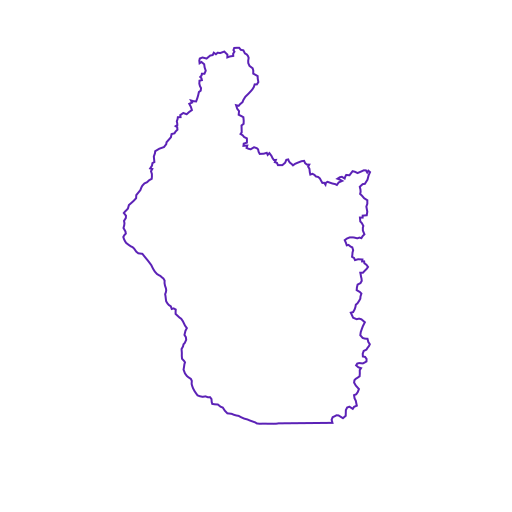 outline of Mozarlândia, Goiás, Brazil, rotated 43°
{"feature_id": "56859067B29377413065156", "entity_name": "Mozarlândia", "entity_type": "district", "adm_level": 2, "iso_a3": "BRA", "parent_name": "Brazil", "parent_adm1": "Goiás", "projection": "orthographic", "projection_center": [-50.615, -14.833], "detail": "fine", "context": "isolated", "style": "outline", "palette": "violet", "viewbox_px": 512, "rotation_deg": 43, "n_neighbors": 0, "source": "geoboundaries", "source_scale": "gbopen_adm2", "svg_char_len": 5727}
<svg xmlns="http://www.w3.org/2000/svg" viewBox="0 0 512 512"><g transform="rotate(43 256 256)"><path d="M425.7,325.9L423.0,324.2L422.0,321.6L422.9,319.4L423.5,317.6L425.1,316.3L427.8,315.8L430.2,315.3L430.6,311.7L426.8,307.4L426.0,304.6L427.1,302.5L431.0,301.8L430.6,299.4L431.8,296.7L429.5,295.1L427.7,293.8L425.2,292.9L422.6,290.9L423.6,288.8L423.2,286.1L422.0,283.1L417.4,282.7L414.1,281.7L412.7,279.7L412.7,277.9L413.3,275.7L413.8,273.3L412.2,271.3L409.7,268.7L409.3,266.4L406.8,267.6L403.8,267.7L403.4,265.6L404.5,263.9L407.4,261.7L408.1,259.8L408.7,257.8L407.1,255.9L404.6,255.4L402.7,256.6L400.7,254.7L399.5,252.0L400.6,249.2L400.2,247.0L400.0,244.7L399.4,242.9L396.8,242.3L394.0,240.5L392.1,242.1L389.9,243.2L386.3,242.8L384.5,240.2L383.2,237.3L382.0,234.4L380.8,230.2L376.3,230.4L374.1,231.5L372.7,233.6L369.1,234.9L366.9,234.0L364.0,232.8L365.3,230.8L364.5,227.7L363.5,225.5L362.2,223.5L362.5,221.5L362.0,218.5L361.4,216.1L360.0,214.3L358.7,211.6L356.5,211.5L352.9,212.3L351.2,210.1L349.8,207.6L350.9,204.6L350.3,202.1L348.5,200.5L346.9,199.5L345.4,198.3L343.7,197.1L345.6,195.3L345.6,192.5L345.7,189.8L345.4,187.6L342.7,187.1L340.2,187.4L338.8,186.2L337.3,187.6L336.2,186.0L332.9,188.7L331.2,191.5L329.1,190.6L326.8,191.1L325.7,189.5L324.2,187.6L323.1,185.5L320.5,184.0L318.8,184.6L316.1,184.8L315.1,186.3L312.9,185.1L310.1,183.9L310.6,181.2L311.9,178.4L314.8,175.8L318.0,174.0L319.2,171.9L320.9,171.1L320.4,168.6L320.5,166.2L316.8,164.5L314.8,162.4L314.0,160.8L311.1,159.8L308.7,159.6L305.8,157.0L307.8,155.2L306.5,153.7L309.2,150.7L307.2,147.7L303.0,144.6L301.8,141.9L299.4,139.3L295.7,140.0L292.2,139.6L289.8,139.6L288.8,137.8L287.1,136.2L284.7,134.6L285.0,130.7L286.4,129.0L285.5,124.2L283.3,120.1L282.2,116.9L280.0,117.0L280.4,119.1L278.0,118.4L276.4,119.8L275.5,122.0L273.7,126.1L271.0,126.9L268.8,128.1L269.3,133.2L266.7,135.2L267.2,137.2L268.0,138.9L264.8,139.5L263.6,141.2L262.9,143.9L265.1,143.0L267.8,142.3L266.3,145.8L266.7,148.9L264.9,149.4L262.4,150.9L260.4,151.8L257.7,153.0L257.2,154.8L258.2,156.5L255.9,156.0L254.7,157.3L252.1,156.5L249.8,155.7L247.6,155.8L245.5,157.0L243.5,156.8L241.2,157.4L240.2,159.4L238.3,158.1L235.6,155.8L233.2,155.1L232.6,152.9L230.9,154.4L228.6,154.6L226.3,153.6L224.6,155.7L222.7,159.7L221.7,162.0L221.2,164.5L219.3,164.4L217.3,164.6L215.5,164.3L213.7,163.4L212.6,165.0L213.7,167.9L213.3,171.6L210.1,174.6L207.8,173.6L205.8,174.5L205.0,172.2L203.7,173.6L201.5,173.2L198.9,172.2L195.6,171.6L195.6,174.1L193.5,173.2L191.9,175.9L189.1,178.8L186.8,178.0L184.8,176.6L183.1,176.6L180.4,177.8L179.3,181.6L177.4,182.7L175.4,183.4L174.3,181.2L171.7,184.0L170.4,182.2L172.0,179.3L170.5,177.6L169.1,176.2L166.2,177.1L163.9,176.8L161.5,177.3L161.2,175.3L156.4,170.4L156.8,167.8L154.8,165.5L152.1,163.1L149.7,163.7L147.0,164.5L144.8,161.6L141.8,161.1L138.6,159.3L140.9,158.0L140.8,155.9L141.2,152.7L140.3,150.4L139.6,146.8L139.8,142.4L139.8,138.7L139.7,136.6L139.2,134.0L138.0,131.4L139.6,129.9L139.1,127.2L136.2,125.0L134.5,123.3L132.3,123.8L129.6,124.5L127.5,122.2L125.5,121.0L121.6,121.4L118.8,120.2L117.1,118.5L115.5,116.1L113.7,115.2L111.8,114.9L109.7,115.4L106.5,114.2L104.2,115.6L101.7,115.2L100.0,116.8L98.2,118.7L99.1,120.8L100.9,121.3L101.3,123.6L102.9,125.2L100.8,127.9L99.6,130.3L97.7,128.2L95.8,128.2L93.4,128.1L91.4,132.0L89.3,133.5L89.1,135.8L86.5,136.1L87.3,138.6L85.8,140.6L85.2,145.3L81.5,147.3L80.2,149.9L81.3,151.8L83.3,153.5L83.8,151.3L87.3,151.1L89.8,153.1L92.9,154.8L94.0,157.9L92.1,159.6L93.1,161.1L93.1,163.1L94.9,163.2L96.5,164.3L95.1,166.3L97.0,168.6L99.2,170.0L101.3,170.7L102.8,172.8L102.4,175.0L104.1,177.9L105.4,180.5L106.8,183.8L104.9,185.3L102.4,186.6L104.6,187.4L103.4,190.2L106.8,191.4L109.6,193.0L108.9,196.2L108.6,199.6L105.3,201.0L104.5,204.6L106.1,205.9L104.2,207.8L105.3,209.4L106.2,211.5L107.8,212.6L109.2,213.9L108.7,215.8L110.5,215.5L112.4,217.2L112.3,219.8L112.7,221.9L111.1,224.4L112.8,227.2L113.0,233.8L114.1,235.5L114.4,239.1L112.1,243.5L110.8,248.1L112.0,249.7L113.4,252.9L117.6,256.6L116.9,258.7L118.3,260.8L118.9,264.1L120.8,263.1L121.4,265.6L123.9,267.0L125.8,269.0L127.1,270.7L126.2,273.4L126.0,276.4L124.9,279.0L124.9,282.1L125.4,284.0L126.5,286.7L126.7,289.7L126.9,293.1L128.9,295.5L128.9,299.2L128.6,302.6L128.3,305.4L130.0,308.7L130.0,310.9L129.9,312.8L130.0,314.7L133.4,315.2L134.9,317.0L135.5,320.3L137.4,321.7L138.6,323.3L140.0,325.9L143.8,327.1L145.5,328.4L145.5,330.7L146.0,332.6L148.0,333.7L150.1,334.5L152.1,335.0L155.3,334.7L157.9,334.3L159.7,333.7L161.8,333.7L165.5,334.5L168.1,334.3L171.4,331.9L174.0,332.3L180.0,333.1L182.4,333.5L185.7,334.1L187.7,334.9L190.0,335.7L192.6,336.4L195.8,336.7L197.9,336.3L199.7,335.8L201.6,335.8L203.6,335.6L205.9,336.3L207.6,338.2L209.6,339.7L212.2,341.1L213.7,342.3L214.8,344.0L215.6,345.9L217.1,347.0L219.7,349.2L221.2,350.4L223.7,351.1L225.7,351.3L228.0,350.9L230.5,352.2L231.5,350.5L233.8,349.9L235.2,351.6L236.7,353.2L239.1,353.2L242.1,353.2L244.1,352.9L247.1,353.6L251.5,355.3L254.6,355.9L255.4,358.8L257.5,362.5L260.1,363.2L262.1,364.9L263.2,368.2L263.2,370.0L264.3,371.9L265.0,374.8L267.8,377.4L269.8,379.6L272.0,381.6L274.9,381.8L276.6,382.2L277.4,383.9L279.2,386.5L280.5,388.5L284.1,390.3L287.2,390.9L289.1,390.8L292.2,390.3L294.2,391.1L296.2,393.5L298.2,394.7L300.2,395.7L303.1,396.7L305.7,397.3L308.3,397.8L310.5,396.9L313.0,395.4L314.8,393.1L317.2,392.1L318.7,390.6L321.0,391.0L323.2,393.0L324.9,394.0L327.1,392.5L329.4,390.6L332.8,390.4L335.1,389.5L338.7,390.4L340.6,390.5L342.4,390.6L344.2,389.2L345.9,388.0L347.9,387.3L350.3,386.1L352.3,384.8L355.0,384.1L358.2,383.0L361.2,381.4L363.7,380.5L369.0,378.2L370.8,377.9L373.1,376.2L375.2,374.1L378.8,370.8L383.5,366.5L385.5,364.5L386.6,363.0L388.0,361.7L425.7,325.9Z" fill="none" stroke="#5b21b6" stroke-width="2"/></g></svg>